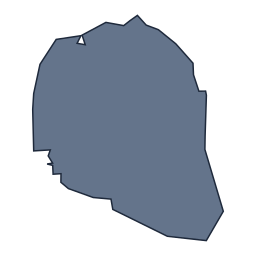 Overton, Tennessee, United States of America (Albers equal-area conic projection)
{"feature_id": "52423323B37655039009426", "entity_name": "Overton", "entity_type": "district", "adm_level": 2, "iso_a3": "USA", "parent_name": "United States of America", "parent_adm1": "Tennessee", "projection": "albers", "projection_center": [-85.32, 36.342], "detail": "fine", "context": "isolated", "style": "filled", "palette": "slate", "viewbox_px": 256, "rotation_deg": 0, "n_neighbors": 0, "source": "geoboundaries", "source_scale": "gbopen_adm2", "svg_char_len": 561}
<svg xmlns="http://www.w3.org/2000/svg" viewBox="0 0 256 256"><path d="M130.2,20.5L123.7,25.6L105.9,22.4L82.1,35.1L85.2,44.7L77.1,43.3L80.9,35.7L56.2,39.4L40.0,64.3L33.7,93.5L32.7,109.4L33.7,150.9L50.3,149.9L48.2,155.9L52.6,163.1L47.1,164.0L52.7,165.4L53.1,174.2L61.0,173.7L60.9,182.3L68.4,188.6L93.2,197.5L111.0,199.1L112.8,209.4L167.4,236.3L206.3,240.6L223.3,211.3L204.9,149.5L205.1,136.0L206.4,95.3L205.6,91.1L198.9,91.2L193.5,74.8L193.0,63.2L175.8,43.8L158.4,29.7L146.2,25.1L137.4,15.4L130.2,20.5Z" fill="#64748b" stroke="#1e293b" stroke-width="1.5"/></svg>